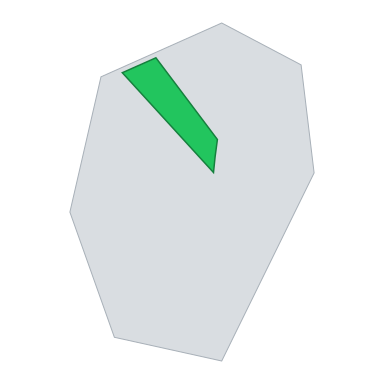 Baiti on a map of Nauru (Natural Earth projection)
{"feature_id": "NRU-4976", "entity_name": "Baiti", "entity_type": "state/province", "adm_level": 1, "iso_a3": "NRU", "parent_name": "Nauru", "parent_adm1": "", "projection": "natural_earth1", "projection_center": [166.929, -0.506], "detail": "fine", "context": "in_parent", "style": "filled", "palette": "green", "viewbox_px": 384, "rotation_deg": 0, "n_neighbors": 0, "source": "natural_earth", "source_scale": "10m", "svg_char_len": 355}
<svg xmlns="http://www.w3.org/2000/svg" viewBox="0 0 384 384"><path d="M314.1,172.9L221.7,361.0L114.4,337.3L69.9,212.1L101.0,76.8L221.7,23.0L301.1,64.9L314.1,172.9Z" fill="#d9dde1" stroke="#a8b0b8" stroke-width="1"/><path d="M122.3,72.7L155.9,57.8L217.4,139.5L215.1,156.8L213.5,172.5L122.3,72.7Z" fill="#22c55e" stroke="#15803d" stroke-width="1.5"/></svg>